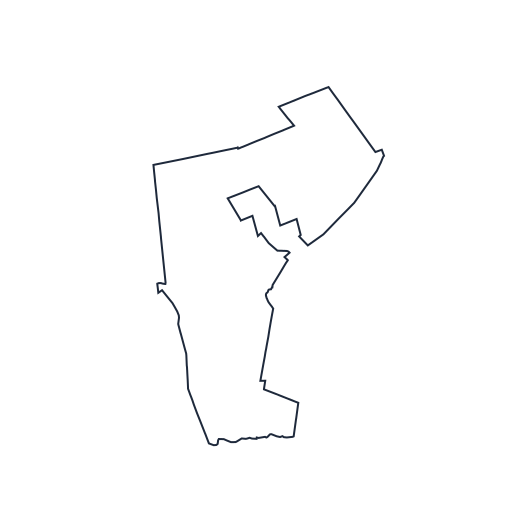 outline of Galbenu, Braila, Romania, rotated 306°
{"feature_id": "2599482B76307381902120", "entity_name": "Galbenu", "entity_type": "district", "adm_level": 2, "iso_a3": "ROU", "parent_name": "Romania", "parent_adm1": "Braila", "projection": "equal_earth", "projection_center": [27.166, 45.19], "detail": "fine", "context": "isolated", "style": "outline", "palette": "slate", "viewbox_px": 512, "rotation_deg": 306, "n_neighbors": 0, "source": "geoboundaries", "source_scale": "gbopen_adm2", "svg_char_len": 3635}
<svg xmlns="http://www.w3.org/2000/svg" viewBox="0 0 512 512"><g transform="rotate(306 256 256)"><path d="M224.3,298.9L225.1,296.1L226.0,293.3L227.0,291.4L228.0,289.9L228.2,289.3L228.7,288.7L229.1,288.3L229.6,287.5L230.0,287.3L230.3,286.9L230.7,286.7L231.0,286.5L232.1,286.3L232.5,286.4L232.9,286.6L233.6,286.7L235.0,286.3L235.6,286.1L236.2,286.1L236.8,286.5L237.9,287.7L240.3,287.3L240.4,287.6L240.8,287.4L241.4,287.0L242.3,286.5L257.4,285.3L264.8,284.6L268.3,284.3L270.1,284.3L271.3,284.2L271.9,279.7L278.4,281.2L278.6,280.3L278.6,279.4L278.4,278.5L277.9,277.5L276.5,275.5L275.0,273.2L272.9,270.2L273.3,265.3L273.9,258.7L275.1,254.8L276.3,251.0L276.3,250.7L277.5,246.6L273.3,245.8L286.4,229.5L275.8,222.9L276.0,222.7L286.0,199.2L286.2,199.3L293.6,204.1L299.8,208.1L306.4,212.2L314.0,217.1L307.3,241.7L307.7,241.9L307.5,242.2L294.9,257.7L309.8,267.1L299.3,279.8L297.2,279.4L297.0,280.6L296.9,281.0L295.0,291.7L313.1,297.8L335.0,300.9L338.2,301.4L344.0,302.3L356.7,304.2L366.7,304.1L382.1,303.9L396.1,303.7L403.0,302.4L404.4,302.2L406.9,301.6L407.9,301.3L410.2,300.8L411.1,300.6L411.8,300.6L412.3,300.7L415.9,295.3L410.3,291.5L413.8,280.8L415.9,274.5L422.3,255.0L423.6,250.9L426.3,242.7L430.8,229.3L430.8,229.2L433.0,222.3L435.3,215.4L434.8,215.1L433.4,214.1L429.3,211.5L423.4,207.7L422.4,207.1L421.4,206.4L420.8,206.1L420.5,205.8L420.2,205.6L419.7,205.3L419.5,205.2L419.4,205.1L419.2,205.0L419.1,204.9L418.9,204.8L418.8,204.7L418.1,204.3L417.0,203.5L416.4,203.1L413.5,201.2L412.8,200.8L405.5,196.3L397.8,191.5L391.6,187.6L390.1,186.7L389.8,187.8L389.3,189.3L387.0,197.6L386.1,200.8L385.7,202.8L385.2,204.8L383.8,210.2L383.1,209.8L377.4,206.3L373.8,204.1L373.7,204.1L365.8,199.1L362.7,197.2L357.7,194.2L356.6,193.6L351.0,190.0L349.6,189.1L344.4,185.9L342.1,184.5L341.5,184.2L340.9,183.8L336.5,181.1L335.2,180.2L334.3,179.7L333.8,179.4L333.1,179.0L332.7,178.7L332.4,178.5L332.5,178.4L332.6,178.2L332.8,178.0L333.0,177.6L332.9,177.6L331.7,176.4L328.7,173.7L327.5,172.6L323.7,169.1L322.8,168.3L322.7,168.2L314.1,160.4L310.0,156.6L291.1,139.5L274.4,124.1L270.4,120.4L269.4,119.5L264.2,124.1L261.2,126.8L257.5,130.1L257.4,130.1L250.7,136.2L244.6,141.6L233.4,152.0L227.3,157.3L225.2,159.2L215.3,168.1L215.0,168.3L198.8,182.8L181.3,198.5L180.1,199.1L179.6,198.3L178.7,196.5L178.3,195.3L178.2,194.9L178.0,194.7L177.8,194.5L177.4,194.0L177.2,193.5L177.1,193.4L176.6,193.1L175.6,192.4L175.2,192.7L172.0,195.7L169.9,197.6L168.8,198.6L173.1,200.1L172.7,201.5L169.8,212.3L168.8,216.1L166.8,220.6L164.8,224.9L162.6,228.4L160.8,230.0L155.3,233.0L154.6,233.8L149.2,240.4L149.2,240.5L139.1,253.0L136.1,256.8L134.5,258.2L126.8,264.3L125.4,265.6L123.4,267.2L123.2,267.4L120.7,269.4L115.3,273.8L109.9,278.1L108.7,279.0L106.7,282.0L105.2,284.2L103.7,286.6L101.7,289.6L99.2,293.1L94.1,300.8L89.4,308.3L84.8,315.5L82.3,319.4L82.3,319.5L80.0,323.0L77.4,327.0L77.1,327.4L77.1,327.5L76.9,327.7L76.7,328.1L78.1,333.0L79.7,334.9L80.8,335.3L81.5,335.4L84.6,333.7L86.1,333.5L88.9,337.6L89.6,340.8L90.7,345.2L93.5,348.9L94.9,349.6L100.0,351.7L102.0,355.1L102.8,355.9L105.2,357.7L105.9,360.0L108.4,363.9L108.7,363.7L109.4,363.4L109.6,363.3L110.3,365.0L115.0,369.6L115.2,370.8L115.2,371.0L115.8,371.4L116.7,371.7L119.8,372.1L120.3,372.5L120.9,373.2L122.3,378.7L123.7,381.9L125.8,383.3L125.8,385.0L127.3,387.6L131.2,391.9L132.2,392.5L147.9,384.1L148.0,384.1L162.1,376.5L161.6,374.6L161.5,374.3L155.9,352.4L152.8,340.8L152.9,340.7L160.5,336.8L157.6,332.9L167.3,328.2L173.3,325.3L179.6,322.3L183.7,320.2L187.2,318.6L189.6,317.4L197.8,313.5L204.8,309.9L211.9,306.4L217.7,303.6L223.6,300.8L224.0,299.5L224.3,298.9Z" fill="none" stroke="#1e293b" stroke-width="2"/></g></svg>